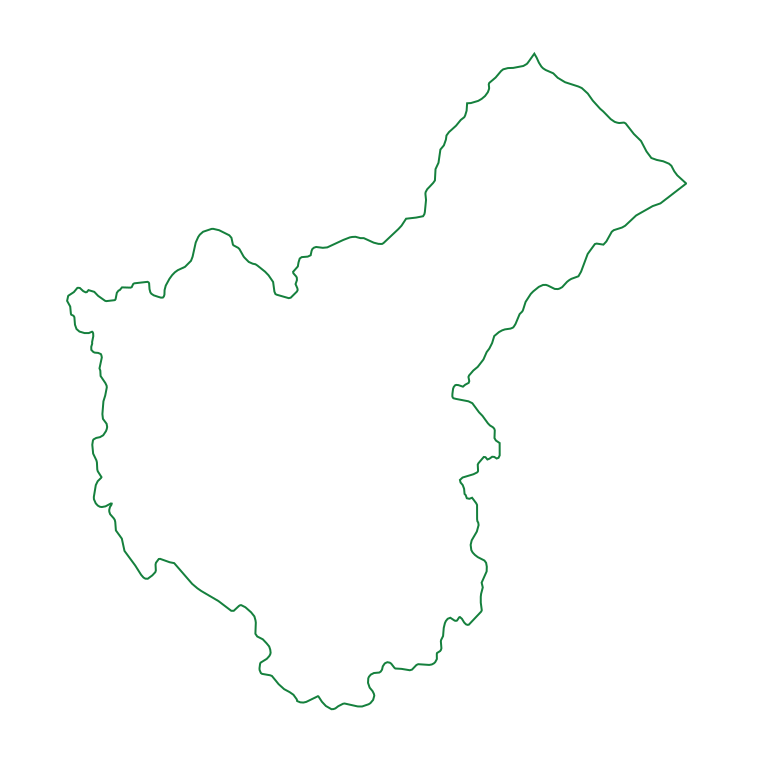 Quy Chau, Nghệ An, Vietnam (Robinson projection), rotated 177°
{"feature_id": "81297802B85029486143959", "entity_name": "Quy Chau", "entity_type": "district", "adm_level": 2, "iso_a3": "VNM", "parent_name": "Vietnam", "parent_adm1": "Nghệ An", "projection": "robinson", "projection_center": [105.091, 19.537], "detail": "fine", "context": "isolated", "style": "outline", "palette": "green", "viewbox_px": 768, "rotation_deg": 177, "n_neighbors": 0, "source": "geoboundaries", "source_scale": "gbopen_adm2", "svg_char_len": 6115}
<svg xmlns="http://www.w3.org/2000/svg" viewBox="0 0 768 768"><g transform="rotate(177 384 384)"><path d="M286.3,660.0L287.2,652.6L288.9,647.9L289.9,646.2L293.5,643.7L298.5,638.2L305.9,632.2L308.6,628.9L309.4,624.8L311.7,619.2L315.4,615.2L318.0,602.1L321.3,595.9L322.5,584.6L324.4,582.2L330.7,576.2L332.4,573.4L332.7,571.8L332.4,565.6L334.2,553.6L334.8,551.5L336.2,549.5L343.3,548.5L353.3,547.9L358.2,541.2L361.5,538.0L377.2,524.7L378.6,524.0L382.1,524.2L386.9,525.7L396.5,530.7L399.9,530.9L404.8,532.5L408.0,532.5L410.4,532.2L417.1,530.0L433.5,523.4L438.0,523.2L444.6,524.4L446.8,523.8L448.5,522.5L449.3,520.9L450.5,516.4L453.5,515.2L459.6,515.0L461.6,513.7L463.0,509.9L463.9,505.9L468.9,500.8L468.7,499.3L466.0,495.9L465.5,494.7L465.5,492.3L467.1,488.4L465.5,484.1L465.3,482.4L466.1,480.9L472.6,475.1L474.6,474.7L486.5,478.8L487.7,479.5L488.6,482.0L489.4,491.7L493.6,498.6L496.9,502.4L504.2,508.9L506.1,510.3L508.8,511.0L512.7,513.0L516.7,517.5L517.5,518.6L521.3,526.3L522.5,527.6L527.1,530.4L527.6,531.2L528.7,538.0L530.7,540.6L540.6,546.2L546.5,547.9L548.1,547.9L556.7,545.5L560.1,542.8L561.8,540.6L564.6,535.2L568.5,521.1L570.3,517.1L576.6,511.4L583.9,508.5L587.0,506.5L589.9,503.8L592.8,500.2L596.8,493.7L598.2,489.3L598.6,484.7L599.3,482.9L600.3,481.9L602.2,481.9L605.0,482.9L609.3,484.6L611.6,486.3L612.5,487.7L613.2,491.0L613.3,496.9L613.8,497.8L614.8,498.4L628.1,497.6L629.2,497.0L630.9,493.9L632.2,493.5L640.6,494.2L643.0,491.6L644.2,491.2L646.0,489.1L647.6,482.8L648.2,482.0L648.9,481.8L657.0,481.3L658.2,481.7L664.9,487.0L668.5,491.2L674.2,493.2L676.0,491.3L677.2,491.2L679.5,492.5L682.7,495.8L684.5,496.1L685.2,496.0L688.9,492.0L694.6,488.7L694.9,488.1L696.1,483.6L693.3,477.8L693.0,470.6L692.7,469.6L690.5,468.4L689.7,466.9L689.5,459.4L688.2,455.0L685.4,452.3L680.3,450.5L676.2,450.3L672.8,451.5L672.2,451.0L671.8,449.8L671.8,447.0L673.3,441.2L673.3,439.5L674.4,436.5L674.5,433.4L672.6,431.2L671.3,430.5L667.8,430.0L665.2,428.7L664.7,427.4L664.4,425.3L667.3,414.5L666.6,412.2L666.6,406.8L662.2,399.5L661.1,396.8L661.0,395.1L663.0,387.1L665.1,381.4L666.8,368.7L666.5,363.9L663.1,358.8L662.7,355.6L663.2,353.6L664.1,351.5L667.1,347.5L670.4,345.8L674.2,345.2L676.9,343.9L677.6,342.9L678.5,338.6L678.1,329.7L675.2,322.8L674.8,320.8L674.8,313.6L674.4,311.8L671.0,305.8L671.5,305.0L675.0,301.9L677.1,298.1L679.7,286.3L679.7,284.1L678.1,279.9L676.2,277.6L674.2,276.3L672.2,275.9L668.5,276.4L663.0,279.0L662.2,278.8L662.5,277.7L664.1,275.5L665.0,272.6L665.0,270.8L664.3,268.3L660.9,264.0L660.0,262.4L659.6,260.3L659.4,251.8L653.9,243.3L651.9,230.9L641.9,215.7L636.5,206.1L634.3,203.3L632.5,202.1L630.1,201.9L625.4,205.0L622.2,208.1L621.6,209.7L621.6,215.6L621.1,217.4L618.1,221.0L616.7,221.1L607.3,217.2L602.9,216.1L586.0,194.4L581.1,189.8L577.1,186.7L560.7,175.9L548.4,165.5L545.9,165.4L540.4,170.0L539.2,170.6L538.1,170.6L534.1,168.3L528.7,163.0L525.6,158.7L524.7,154.7L524.5,152.4L525.5,141.3L523.8,138.5L518.4,135.4L514.9,131.3L512.4,127.9L511.5,124.6L511.3,121.5L511.8,119.9L512.8,118.3L515.4,115.7L521.8,112.2L522.4,111.0L523.2,106.7L523.2,104.9L522.1,101.8L520.9,100.9L513.0,99.1L511.2,98.3L504.9,89.7L499.7,84.5L494.3,81.2L490.7,78.4L487.6,73.6L487.3,71.9L484.3,70.5L481.2,70.1L478.3,70.6L466.3,75.7L465.8,75.4L462.6,69.9L458.9,65.5L453.5,62.0L451.5,62.0L449.5,62.6L446.6,64.6L441.7,66.8L440.1,67.0L427.2,63.4L422.8,63.1L416.1,65.0L414.3,66.0L411.4,69.1L410.0,73.3L410.3,75.1L411.5,77.9L414.2,81.5L415.6,86.4L415.1,90.9L414.3,92.5L412.4,94.5L409.2,95.9L403.8,96.1L402.3,97.0L400.9,98.9L400.0,102.1L398.2,104.5L397.4,105.2L395.2,106.0L392.8,105.4L391.4,104.3L388.5,100.1L387.6,99.3L381.4,98.6L373.2,96.8L371.0,97.3L366.3,101.7L364.5,102.4L353.6,101.1L351.0,101.4L348.8,102.4L347.4,103.6L345.6,106.6L345.4,111.7L345.1,112.6L341.9,114.4L341.0,115.6L340.5,117.1L340.7,124.1L340.4,125.3L338.2,129.2L337.1,137.3L335.7,142.0L334.6,144.1L332.7,146.2L330.0,147.1L325.8,144.0L324.5,143.7L323.4,144.0L321.2,147.0L320.4,147.3L318.5,145.5L316.4,141.6L314.7,139.7L313.3,139.1L311.9,139.2L298.8,151.7L298.2,153.0L298.8,160.6L298.5,166.5L298.0,169.4L296.0,175.7L296.9,180.5L291.3,191.5L290.9,196.2L291.4,200.1L293.0,202.5L299.4,206.2L302.2,208.6L304.3,211.1L305.5,213.6L305.9,218.8L304.6,223.3L299.0,231.8L296.9,238.2L297.2,240.8L297.9,242.0L298.1,244.1L297.4,258.3L298.1,260.0L302.0,265.8L304.8,264.9L307.3,265.6L308.2,268.7L309.3,270.0L309.5,275.2L310.7,279.0L312.7,281.6L313.2,284.2L310.4,286.5L299.4,289.2L295.7,290.8L294.8,291.7L294.6,292.8L294.6,298.6L293.8,300.0L288.2,305.9L286.5,305.6L284.7,303.2L282.6,303.9L279.8,305.7L277.7,305.4L275.4,303.7L273.5,304.3L272.2,306.7L271.6,319.0L275.2,321.7L276.5,324.2L275.8,332.0L276.3,333.7L277.6,335.2L280.3,337.0L282.3,339.3L287.3,347.0L290.6,350.8L296.8,360.2L300.6,362.3L312.7,365.3L315.3,366.1L316.0,366.8L316.4,368.1L316.2,370.5L315.3,375.5L314.5,377.4L312.9,379.1L311.8,379.3L309.8,379.0L305.3,377.2L303.0,379.0L299.4,380.7L298.7,382.4L299.3,386.6L298.6,388.1L294.1,392.8L289.5,396.2L283.4,403.3L279.8,410.5L277.0,413.8L273.9,419.2L271.4,426.1L266.5,429.8L263.2,431.4L260.4,432.2L254.8,432.7L252.4,433.5L251.4,434.4L249.5,437.1L244.9,446.7L242.1,449.2L241.3,450.6L238.3,458.6L232.7,466.3L230.1,468.7L224.3,472.9L220.0,474.6L217.1,474.5L215.3,473.8L208.5,470.0L205.4,469.7L203.7,470.1L201.0,471.4L195.8,476.5L193.5,478.1L191.4,479.2L184.2,481.4L181.3,485.9L173.8,503.2L166.1,512.7L164.3,513.1L157.6,511.7L154.5,514.7L148.6,524.1L146.5,525.6L138.1,527.8L134.9,529.4L123.4,539.1L106.4,547.6L98.5,549.9L72.0,568.2L71.9,568.6L80.2,577.0L83.0,581.2L85.6,586.9L87.9,589.1L93.5,591.8L99.9,593.5L105.2,595.7L109.7,602.5L114.6,613.2L121.4,620.6L129.1,631.6L130.7,632.5L135.5,632.3L137.5,632.8L139.9,633.7L143.7,636.6L150.8,644.7L153.8,647.6L160.7,656.1L165.3,663.4L171.0,669.2L174.3,670.9L187.4,675.9L194.5,680.7L198.7,685.4L206.1,689.1L208.6,690.9L210.2,692.7L212.5,696.8L214.5,701.9L216.6,706.0L223.6,697.2L224.7,696.1L228.2,694.3L238.4,692.9L243.7,693.0L248.5,692.0L250.7,690.4L256.5,684.2L263.1,679.2L263.7,677.8L263.5,674.0L263.8,672.8L265.0,670.0L268.0,666.3L271.6,663.6L275.1,661.8L282.6,660.0L286.3,660.0Z" fill="none" stroke="#15803d" stroke-width="2"/></g></svg>